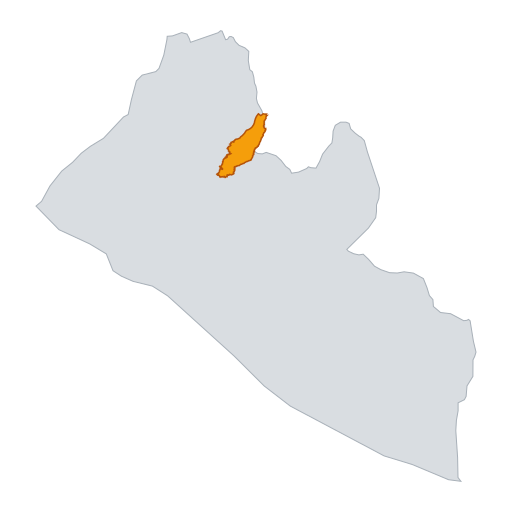 Salayea, Lofa, Liberia shown in context
{"feature_id": "62588387B29328841835384", "entity_name": "Salayea", "entity_type": "district", "adm_level": 2, "iso_a3": "LBR", "parent_name": "Liberia", "parent_adm1": "Lofa", "projection": "orthographic", "projection_center": [-9.631, 7.472], "detail": "fine", "context": "in_parent", "style": "filled", "palette": "amber", "viewbox_px": 512, "rotation_deg": 0, "n_neighbors": 0, "source": "geoboundaries", "source_scale": "gbopen_adm2", "svg_char_len": 6415}
<svg xmlns="http://www.w3.org/2000/svg" viewBox="0 0 512 512"><path d="M36.0,206.1L41.6,201.3L50.0,185.9L61.7,171.1L72.6,162.3L81.3,153.2L90.4,146.3L103.5,138.3L123.5,117.0L128.2,114.5L131.4,99.7L136.4,80.9L142.2,75.1L155.8,71.6L159.0,68.4L163.8,55.1L166.9,39.7L167.2,36.3L172.5,35.9L181.7,32.6L187.0,34.1L189.3,38.6L190.5,42.3L218.2,32.7L220.6,30.7L222.1,31.1L225.6,39.7L227.6,39.2L229.3,36.7L231.1,36.5L233.3,37.6L235.4,41.7L239.0,45.3L245.0,47.9L248.8,51.4L248.3,60.6L249.8,69.7L252.4,71.8L253.8,77.1L254.5,83.1L255.9,86.2L257.0,92.1L256.4,98.5L257.5,103.0L261.9,110.8L264.7,120.6L264.7,127.5L263.1,134.8L260.2,141.5L255.0,148.8L254.6,151.6L257.7,153.5L262.3,153.9L266.2,152.4L276.0,155.7L281.2,160.5L285.7,166.4L289.8,169.4L291.6,173.2L298.6,172.1L306.7,168.5L308.4,166.8L310.8,167.7L316.0,168.1L319.6,161.6L322.6,154.1L328.8,146.1L331.9,142.9L332.7,137.8L333.1,131.1L335.3,125.3L340.5,122.2L346.1,122.2L349.1,123.4L350.7,128.9L355.2,133.2L359.0,136.1L361.1,137.3L364.3,140.6L367.4,151.9L379.5,188.3L378.9,198.3L376.5,204.9L376.5,211.3L375.7,217.7L368.4,228.1L346.8,249.4L348.4,251.2L353.6,253.7L358.9,254.9L363.2,254.2L368.7,259.5L374.5,266.2L380.7,269.6L389.6,272.7L397.4,273.0L404.1,271.8L413.4,273.1L423.4,278.6L427.0,287.7L429.4,295.6L432.9,299.6L433.4,306.5L440.5,312.5L450.6,313.7L463.7,320.7L467.0,320.3L468.5,319.4L470.1,320.8L473.4,341.2L476.0,352.1L474.7,356.4L473.0,359.9L472.9,376.4L467.0,385.9L466.1,396.4L464.4,399.7L458.1,402.8L458.1,410.8L456.4,420.4L455.8,430.7L457.6,457.5L458.0,477.5L460.9,481.3L448.5,479.7L412.2,464.5L384.1,455.9L290.3,406.1L264.2,386.0L234.2,356.1L167.6,295.8L152.4,286.1L133.2,281.4L121.4,276.2L113.0,270.7L106.3,253.9L89.7,243.9L59.0,229.7L36.0,206.1Z" fill="#d9dde1" stroke="#a8b0b8" stroke-width="1"/><path d="M223.1,160.1L223.1,160.3L223.2,161.2L222.6,161.7L222.8,162.5L222.6,162.7L222.6,163.2L222.4,163.4L222.3,163.5L222.3,163.8L222.4,164.2L222.2,164.4L222.2,164.5L221.8,164.8L221.7,165.1L221.6,165.4L220.6,166.4L219.9,166.3L219.7,166.3L219.6,166.5L219.9,166.7L220.2,167.0L220.2,167.7L220.2,167.8L220.5,167.4L221.1,167.3L221.4,167.4L221.5,167.6L221.7,167.8L221.9,168.3L222.3,168.6L222.5,168.7L222.6,169.0L222.4,169.3L222.1,169.2L221.7,169.0L221.2,169.1L220.7,168.8L219.8,169.8L219.6,170.0L219.7,170.6L219.4,170.9L219.4,171.6L219.4,172.0L218.6,172.8L218.6,173.0L218.5,173.4L218.4,173.7L218.1,173.5L217.8,173.4L217.6,173.6L216.8,174.2L216.9,174.3L217.0,174.4L217.3,174.9L217.4,175.0L218.0,175.3L218.7,175.2L218.8,175.2L219.1,175.4L219.4,175.7L219.4,175.9L219.7,176.6L219.8,176.9L220.3,176.8L220.7,176.7L220.8,176.8L221.2,176.9L221.2,177.0L221.4,176.9L221.8,176.7L222.2,176.6L222.3,176.6L222.9,177.0L223.0,177.0L223.6,177.0L223.8,176.8L224.1,176.4L224.2,176.5L224.5,176.6L225.0,177.4L225.1,177.5L225.5,177.3L225.8,177.0L226.0,176.9L226.4,176.5L227.1,176.7L227.2,176.3L227.2,175.8L227.3,175.4L227.1,175.1L227.4,174.9L227.8,175.0L228.0,175.0L228.5,175.3L229.1,175.1L229.2,174.7L229.5,174.4L230.1,174.5L230.5,174.6L230.8,174.8L231.2,174.9L231.3,174.9L231.5,174.8L231.8,174.6L232.0,174.5L232.5,174.5L232.6,174.3L233.0,174.0L233.5,174.0L233.9,173.5L233.9,173.4L233.5,172.7L233.4,172.5L233.5,172.0L234.0,171.9L234.1,171.6L234.4,171.2L234.5,171.0L234.5,170.8L234.7,170.5L234.8,170.0L234.2,170.0L234.1,169.5L234.3,169.1L234.4,168.9L234.8,168.6L234.9,168.2L234.3,167.9L234.3,167.6L234.5,166.8L234.8,166.7L235.3,166.7L235.7,166.7L235.9,166.6L236.1,166.3L236.4,166.1L236.7,166.3L236.8,166.3L237.4,165.8L237.6,165.7L238.6,165.6L238.9,165.6L239.2,165.6L240.9,164.2L241.6,164.3L241.9,164.1L242.9,163.5L243.5,163.5L244.0,163.4L244.2,163.0L244.7,162.6L245.4,162.3L245.8,162.1L246.0,161.9L246.4,161.6L246.5,161.6L246.9,161.5L247.4,161.5L248.0,161.2L248.5,160.8L248.6,160.7L249.2,160.7L249.8,160.5L250.4,160.3L250.5,160.2L250.8,159.8L251.1,159.9L251.3,159.5L251.6,158.6L252.5,157.3L252.6,156.9L252.7,156.6L252.8,156.1L252.6,155.9L252.9,155.5L253.3,154.8L253.4,153.7L253.7,153.9L253.7,153.3L253.7,153.2L254.0,152.4L253.7,151.9L253.9,151.4L254.4,151.2L254.1,150.6L254.5,149.9L254.6,149.7L254.5,149.3L255.1,148.9L255.4,147.9L256.2,147.9L256.4,147.5L257.0,147.3L257.1,147.0L257.6,146.5L257.6,146.2L258.2,146.2L258.5,145.6L258.6,144.9L259.4,143.9L259.3,143.4L259.7,142.6L259.9,141.8L260.4,141.4L260.4,141.2L261.1,139.2L261.2,138.5L261.3,138.0L262.0,137.7L262.4,136.5L263.0,136.0L263.3,135.3L262.9,134.6L263.4,133.9L263.7,133.5L263.8,132.7L264.4,132.3L265.1,131.5L265.0,130.6L265.8,129.9L265.7,128.5L265.0,128.7L264.1,127.8L263.9,127.0L263.6,126.7L263.9,126.1L263.6,125.4L264.3,124.5L264.0,123.9L264.2,123.0L264.1,121.9L264.2,121.0L265.0,120.0L265.3,119.3L266.0,118.5L265.9,116.9L266.8,115.7L267.1,115.4L266.3,115.4L266.2,114.8L265.9,114.6L265.9,114.3L266.1,114.1L264.5,114.1L263.6,113.9L263.1,113.8L262.1,114.7L261.4,115.2L260.8,115.6L259.5,114.7L258.5,113.8L258.2,114.0L257.8,114.5L257.6,114.8L257.1,115.5L256.8,115.9L256.4,116.4L256.2,117.0L255.9,117.6L255.7,118.1L255.5,118.4L255.2,119.5L254.7,121.1L254.5,122.0L254.5,122.5L254.1,123.5L253.5,124.9L251.9,127.2L251.8,127.3L251.3,127.7L250.6,128.3L249.9,128.8L248.5,129.6L246.5,130.3L246.2,130.7L245.5,131.6L245.1,132.3L244.7,133.0L244.0,133.8L242.2,135.7L241.1,136.5L240.5,137.0L239.8,138.1L238.5,138.6L237.1,139.2L236.2,139.1L235.3,139.6L234.9,139.9L234.9,140.1L234.8,140.4L234.3,140.7L234.0,140.8L233.8,141.1L233.9,141.9L233.9,142.0L233.7,142.1L232.7,141.6L232.1,142.0L231.9,142.1L231.0,142.4L230.9,142.9L230.9,143.2L231.0,143.5L230.1,144.0L229.9,144.1L230.2,144.3L230.3,144.4L230.4,144.7L230.4,144.9L230.4,145.2L230.6,145.3L230.7,145.5L230.2,145.7L229.8,146.0L229.7,146.3L229.3,146.3L229.2,146.3L229.0,146.6L228.8,146.6L228.5,146.6L228.3,147.4L228.0,147.5L227.9,147.6L227.7,147.7L227.8,147.9L227.9,148.3L227.5,148.5L227.3,148.7L228.3,149.3L228.5,150.3L228.6,150.7L228.5,151.0L229.1,151.3L229.6,151.7L229.8,151.9L229.7,152.1L229.3,152.2L229.5,152.8L229.5,153.1L230.2,153.2L230.4,153.3L230.6,153.4L230.9,153.6L230.0,154.1L229.8,154.0L229.2,153.8L228.8,154.7L228.1,154.5L227.9,154.4L226.9,154.8L226.8,155.0L226.9,155.4L227.3,155.3L227.3,155.7L227.2,155.8L227.2,156.2L227.1,156.5L227.2,156.9L227.0,157.2L226.6,157.1L226.8,156.9L226.7,156.6L226.7,156.4L226.3,156.3L226.3,156.5L226.4,156.9L226.2,157.3L225.8,157.4L225.3,157.2L225.2,157.3L225.1,157.6L225.6,157.5L225.8,157.7L225.8,158.0L225.7,158.0L225.1,158.1L224.3,158.5L224.3,158.8L223.8,159.1L223.6,159.2L223.3,159.8L223.1,160.1Z" fill="#f59e0b" stroke="#b45309" stroke-width="1.5"/></svg>